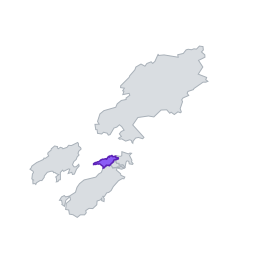 Georgia highlighted, Equal Earth projection, rotated 322°
{"feature_id": "GEO", "entity_name": "Georgia", "entity_type": "country or territory", "adm_level": 0, "iso_a3": "GEO", "parent_name": "Asia", "parent_adm1": "", "projection": "equal_earth", "projection_center": [43.852, 42.32], "detail": "fine", "context": "with_neighbors", "style": "filled", "palette": "violet", "viewbox_px": 256, "rotation_deg": 322, "n_neighbors": 5, "source": "natural_earth", "source_scale": "50m", "svg_char_len": 5436}
<svg xmlns="http://www.w3.org/2000/svg" viewBox="0 0 256 256"><g transform="rotate(322 128 128)"><path d="M237.2,110.0L235.4,112.9L232.7,113.3L233.6,117.6L232.2,119.6L225.2,118.1L224.5,126.0L216.5,128.8L221.1,136.6L219.0,137.8L219.7,140.4L217.5,139.8L215.4,138.1L204.3,137.5L203.1,138.0L197.8,136.1L196.0,137.0L195.9,139.7L189.9,138.2L187.7,138.8L187.2,140.8L181.0,144.9L179.9,148.2L178.6,148.2L177.3,146.0L172.8,145.9L171.7,142.1L170.0,142.1L169.7,137.5L165.1,134.2L155.2,135.2L151.5,131.1L142.2,125.8L133.6,128.5L134.8,145.2L133.0,145.5L130.3,141.8L127.8,140.6L123.9,141.5L122.4,143.0L122.2,141.9L123.0,140.0L122.2,138.4L118.1,136.9L116.4,132.8L114.4,131.6L114.2,130.2L117.6,130.6L117.6,127.3L120.5,126.6L123.6,127.3L123.9,123.0L123.2,120.2L119.8,120.4L116.9,119.4L109.8,122.2L108.1,121.5L108.4,119.3L106.1,116.3L103.6,116.5L100.7,113.5L102.6,110.3L101.6,109.4L104.2,104.8L107.6,107.2L108.0,104.1L114.6,99.6L119.7,99.5L131.1,104.1L134.4,102.3L139.7,102.2L144.1,104.4L144.9,103.2L149.6,103.3L150.2,101.4L144.5,98.5L147.4,96.5L146.7,95.4L149.7,94.4L147.0,91.6L148.3,90.2L160.1,88.8L161.5,87.9L169.2,86.4L171.8,84.8L177.6,85.6L179.4,89.7L182.6,88.8L187.0,90.1L187.2,92.3L190.2,92.1L197.4,88.3L196.5,89.5L201.4,92.6L211.1,103.1L212.3,100.9L217.5,103.3L221.9,102.2L223.9,103.0L226.2,105.4L228.7,106.2L230.6,108.0L234.7,107.4L237.2,110.0Z" fill="#d9dde1" stroke="#a8b0b8" stroke-width="1"/><path d="M101.5,157.1L100.2,157.3L98.7,153.8L97.1,153.8L96.0,152.5L91.2,150.1L91.6,147.9L91.0,146.2L95.9,145.5L98.0,147.5L97.3,148.7L99.2,150.3L98.2,151.8L101.4,153.8L101.5,157.1Z" fill="#d9dde1" stroke="#a8b0b8" stroke-width="1"/><path d="M61.6,125.5L63.3,126.6L66.8,126.3L66.1,127.9L62.2,128.7L57.4,131.3L55.6,130.4L56.4,128.3L52.8,127.0L56.8,124.6L55.9,123.6L50.6,122.5L50.5,120.9L47.3,121.4L42.9,127.1L41.4,126.4L39.8,127.1L38.3,126.3L39.2,125.8L41.0,122.8L40.8,122.1L44.8,122.1L43.4,119.9L43.0,118.1L41.9,117.4L42.2,115.9L40.8,114.7L37.1,113.2L32.5,114.3L31.6,115.3L27.8,116.4L26.4,115.3L22.2,114.8L20.6,115.7L20.5,114.6L18.8,113.4L20.8,110.6L21.5,110.8L20.9,108.9L24.4,105.4L26.1,104.9L26.6,103.7L25.4,100.1L27.0,99.9L28.9,98.8L34.7,99.0L42.0,100.7L43.3,100.0L44.1,101.0L48.3,101.2L48.7,99.1L49.8,98.2L53.8,98.1L54.7,97.2L59.1,97.0L61.0,99.3L60.1,100.1L60.3,101.4L62.9,101.6L64.0,103.4L63.9,104.3L68.0,105.7L70.6,105.1L72.6,107.0L79.4,108.4L79.4,109.6L77.9,111.9L78.6,114.2L78.1,115.7L74.8,116.0L73.0,117.2L72.8,119.1L70.1,119.5L67.8,120.9L64.6,121.1L61.6,122.8L61.6,125.5Z" fill="#d9dde1" stroke="#a8b0b8" stroke-width="1"/><path d="M95.3,164.7L93.5,165.5L92.3,164.3L88.1,163.7L80.4,165.1L76.2,166.9L73.2,166.9L71.3,166.0L67.3,167.4L66.1,166.4L65.8,169.1L63.8,171.2L62.5,169.0L64.0,167.2L61.7,167.6L58.7,166.5L56.1,169.3L50.6,169.8L47.8,167.3L43.8,167.1L42.9,169.1L40.3,169.7L37.0,167.1L33.0,167.2L31.2,162.4L28.8,159.8L30.8,156.1L28.7,153.8L33.0,149.4L38.5,149.2L40.3,145.6L47.0,146.3L51.4,143.3L55.6,142.0L61.4,141.9L72.4,146.9L76.6,146.2L79.6,146.6L83.8,144.2L87.6,144.0L91.0,146.2L91.6,147.9L91.2,150.1L95.3,152.7L92.9,154.0L94.0,159.4L93.3,160.9L95.3,164.7ZM29.5,142.8L33.2,141.4L36.2,142.0L36.4,143.8L39.4,145.3L38.7,146.4L34.5,146.7L29.7,150.6L28.8,147.5L29.7,147.0L31.1,144.1L29.5,142.8Z" fill="#d9dde1" stroke="#a8b0b8" stroke-width="1"/><path d="M100.0,143.3L101.9,142.8L104.4,145.6L106.0,146.0L108.6,142.9L112.4,148.7L114.1,148.9L115.2,150.1L112.3,150.5L111.2,155.8L109.9,156.9L110.1,159.2L109.2,159.5L106.9,157.0L108.1,154.7L107.0,153.3L105.6,153.6L101.5,157.1L101.4,153.8L98.2,151.8L99.2,150.3L97.3,148.7L98.0,147.5L95.9,145.5L96.8,144.8L101.3,146.4L101.8,145.8L100.0,143.3ZM100.2,157.3L97.7,156.6L95.9,154.4L95.3,152.7L96.0,152.5L97.1,153.8L98.7,153.8L100.2,157.3Z" fill="#d9dde1" stroke="#a8b0b8" stroke-width="1"/><path d="M90.5,146.2L90.5,145.9L90.4,145.8L90.2,145.8L89.9,145.8L89.7,145.7L89.4,145.4L89.5,145.3L89.5,145.2L89.1,145.0L88.6,144.5L88.3,144.4L88.2,144.1L87.8,144.0L87.5,144.0L87.4,144.1L87.2,144.5L86.7,144.6L86.4,144.5L86.1,144.4L85.7,144.4L85.1,144.4L84.8,144.7L84.6,144.6L84.3,144.5L83.9,144.4L83.7,144.3L84.4,143.4L84.6,142.9L84.6,142.6L84.6,142.2L84.2,141.4L84.0,140.2L83.7,139.0L83.4,138.7L82.4,138.2L82.2,137.8L81.4,137.2L80.3,136.9L80.1,136.8L79.2,136.0L78.4,135.6L78.6,135.3L78.8,135.0L79.1,134.9L79.7,135.0L80.3,135.1L80.8,135.0L81.3,135.3L81.8,135.6L82.3,135.8L83.2,135.9L83.6,136.2L84.0,136.5L85.7,136.6L85.8,136.6L86.5,136.4L86.9,136.4L87.5,136.8L87.8,136.7L88.1,136.7L88.6,136.9L88.9,137.0L89.0,137.2L89.3,137.5L90.2,137.9L90.9,138.2L91.1,138.3L91.7,138.6L91.8,138.7L91.7,138.8L91.6,139.0L91.6,139.3L91.8,139.4L92.3,139.4L92.5,139.3L92.8,139.2L93.2,139.0L93.6,138.8L94.2,138.6L94.5,138.6L94.9,138.8L95.2,139.2L95.4,138.6L95.5,138.6L95.8,138.7L96.2,138.9L96.5,138.9L96.7,139.1L97.2,139.6L97.9,139.6L98.3,139.7L98.4,139.8L98.5,139.9L98.4,140.4L98.2,141.0L98.5,141.3L99.0,141.5L99.3,141.9L99.7,142.0L100.1,142.1L100.4,142.2L101.0,142.5L100.9,142.7L100.7,143.0L100.4,143.2L100.2,143.3L100.2,143.6L100.2,143.8L100.4,143.9L100.6,144.3L100.9,144.5L101.3,144.8L101.7,145.1L101.9,145.3L101.9,145.5L101.8,145.9L101.4,146.3L101.2,146.3L100.9,146.2L100.5,146.0L100.1,145.7L99.8,145.8L99.7,145.9L99.3,145.8L98.8,145.6L98.6,145.5L98.5,145.3L98.5,145.1L97.5,144.7L97.0,144.6L96.8,144.7L96.0,145.3L95.9,145.4L95.3,145.5L95.5,145.6L95.4,145.7L94.5,145.7L94.1,145.8L93.3,145.7L93.0,145.7L92.7,145.8L92.1,145.9L91.7,146.1L91.2,146.1L90.7,146.1L90.5,146.2Z" fill="#8b5cf6" stroke="#5b21b6" stroke-width="1.5"/></g></svg>